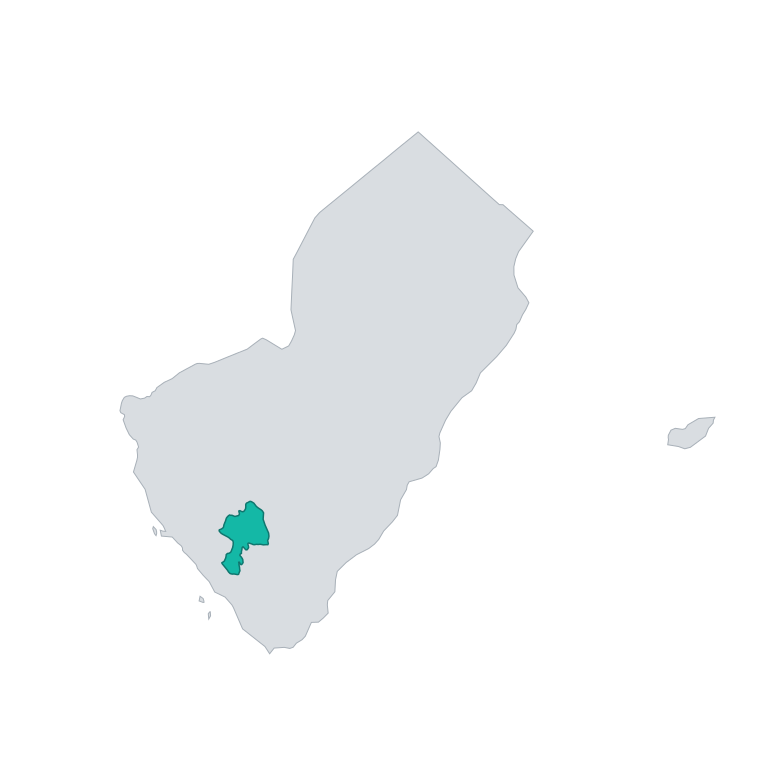 where Dhamar sits in Yemen, rotated 331°
{"feature_id": "YEM-153", "entity_name": "Dhamar", "entity_type": "Governorate", "adm_level": 1, "iso_a3": "YEM", "parent_name": "Yemen", "parent_adm1": "", "projection": "equal_earth", "projection_center": [44.123, 14.553], "detail": "fine", "context": "in_parent", "style": "filled", "palette": "teal", "viewbox_px": 768, "rotation_deg": 331, "n_neighbors": 0, "source": "natural_earth", "source_scale": "10m", "svg_char_len": 4593}
<svg xmlns="http://www.w3.org/2000/svg" viewBox="0 0 768 768"><g transform="rotate(331 384 384)"><path d="M588.6,322.7L565.9,333.5L559.9,338.3L554.5,344.3L550.5,351.7L547.8,364.8L550.2,376.8L550.1,383.2L544.2,387.5L538.7,390.6L532.6,395.2L528.9,396.4L525.9,400.1L522.4,402.7L509.7,409.5L495.8,414.7L473.7,421.0L465.1,427.8L457.4,432.4L445.5,433.8L429.3,440.3L420.3,445.5L409.1,453.9L406.6,456.6L404.7,462.8L401.3,468.2L394.6,477.0L389.5,481.5L386.1,481.8L379.5,484.2L371.7,484.7L358.6,481.7L355.2,483.8L352.5,487.2L342.4,493.3L332.1,505.4L324.6,508.6L312.5,512.4L304.0,517.4L298.2,519.4L290.9,520.5L277.2,520.0L264.3,521.8L252.3,525.2L246.7,531.7L240.3,541.9L229.8,546.1L227.3,549.8L224.1,557.3L217.3,559.3L211.2,560.5L204.9,557.3L193.0,566.4L188.5,567.9L181.7,568.2L176.9,570.2L173.4,569.6L169.1,566.0L159.9,561.7L153.2,564.5L152.6,555.9L141.6,529.6L143.9,506.7L143.9,503.5L141.7,493.3L135.1,483.9L135.3,472.1L133.1,463.7L131.4,455.0L131.9,452.7L132.1,450.6L128.7,437.2L127.6,434.5L127.2,431.7L128.3,429.6L128.2,427.1L126.5,423.0L124.6,415.2L115.6,409.1L117.4,403.4L119.2,405.4L121.6,407.1L122.0,403.4L122.1,400.6L118.4,383.3L124.0,360.3L122.2,339.5L130.7,331.1L132.9,328.6L134.1,326.4L136.1,321.7L138.8,320.2L139.8,315.2L139.7,312.7L138.0,310.6L136.7,304.8L137.1,297.4L137.6,294.4L138.5,288.8L141.4,286.7L142.1,285.0L139.9,281.5L140.1,279.4L145.1,273.5L147.1,271.7L150.4,269.8L152.9,269.9L155.8,270.9L158.5,272.6L161.0,275.6L163.7,279.0L167.8,280.3L170.6,280.0L172.9,281.5L174.9,280.7L177.1,278.9L180.6,279.0L183.7,277.0L192.7,276.0L201.4,276.6L210.5,275.0L219.5,275.1L228.6,275.2L230.6,275.5L232.6,276.5L240.3,281.8L246.2,282.9L257.9,284.3L270.4,285.8L281.3,287.2L290.5,285.9L298.1,284.9L300.1,285.1L302.5,288.3L307.1,296.4L311.5,304.1L319.1,304.5L323.9,301.6L329.3,297.6L332.5,294.4L336.2,282.0L338.6,274.0L344.2,264.9L348.8,257.4L355.0,247.4L358.4,241.9L365.1,230.9L371.6,226.7L384.0,218.5L396.2,210.4L404.1,205.2L410.9,202.8L422.3,200.7L435.6,198.3L449.0,195.9L463.2,193.3L479.1,190.4L489.9,188.5L503.8,185.9L515.3,183.8L525.6,182.0L536.1,180.1L538.2,186.1L540.3,192.2L542.4,198.2L544.5,204.3L546.6,210.3L548.7,216.4L550.8,222.4L552.9,228.5L555.0,234.6L557.1,240.6L559.2,246.7L561.3,252.7L563.4,258.8L565.5,264.9L567.6,271.0L569.7,277.0L571.8,283.0L575.0,284.9L577.0,290.6L579.9,298.6L582.8,306.6L585.7,314.6L588.6,322.7ZM623.1,568.4L625.9,569.1L630.1,567.0L642.4,566.7L657.3,573.5L654.6,575.3L652.9,577.8L646.4,580.1L640.0,585.4L621.3,587.9L615.7,586.5L611.2,581.4L602.7,574.7L605.9,570.5L606.6,568.6L607.8,566.7L612.6,563.5L617.3,564.0L623.1,568.4ZM121.3,486.4L120.7,487.7L119.9,487.4L117.1,484.1L120.2,480.5L121.8,483.9L121.3,486.4ZM112.5,404.8L111.1,406.1L110.7,403.7L111.6,398.4L113.1,396.9L114.1,400.8L113.5,403.0L112.5,404.8ZM119.9,502.7L116.8,504.6L118.9,499.8L121.0,498.8L121.6,499.0L119.9,502.7Z" fill="#d9dde1" stroke="#a8b0b8" stroke-width="1"/><path d="M164.1,479.9L163.2,479.5L160.7,477.4L159.3,476.8L158.2,475.9L157.5,475.1L156.9,473.0L156.8,470.9L155.3,462.5L155.6,461.7L156.5,461.7L157.6,461.6L158.4,461.5L161.1,459.5L162.7,457.7L163.1,456.9L163.9,456.5L165.3,456.4L166.3,456.9L167.0,457.0L167.6,456.8L168.1,456.8L168.9,456.5L169.6,455.9L172.4,453.6L173.2,452.6L174.0,451.7L175.4,449.4L175.8,447.9L175.4,446.8L174.6,445.5L174.1,443.8L173.2,442.0L170.3,437.6L169.2,435.7L168.7,433.6L168.6,432.5L169.3,431.7L171.5,432.0L173.2,431.8L174.2,431.4L175.8,429.5L176.7,428.8L177.5,428.1L178.6,427.3L181.1,424.9L182.7,424.2L184.1,423.8L185.4,423.7L186.2,424.5L187.4,425.1L188.4,426.4L189.4,427.6L192.9,428.5L194.2,428.0L194.9,426.8L195.1,425.6L195.5,424.7L196.6,424.9L197.4,426.2L198.6,427.3L199.8,427.4L201.7,426.5L202.6,425.8L203.7,424.2L204.5,422.6L205.5,421.7L206.5,421.5L207.7,421.7L208.8,421.6L210.0,421.7L211.0,422.6L212.4,425.1L213.0,429.2L213.9,431.4L215.7,434.8L216.1,436.2L216.2,438.3L212.7,443.7L211.6,449.7L210.8,458.4L209.6,461.3L208.1,463.2L206.4,464.4L205.4,467.6L204.5,468.2L203.9,467.9L203.1,467.4L200.5,466.2L198.4,464.4L197.3,463.8L196.0,463.3L195.0,462.5L192.7,461.7L191.7,461.0L190.9,459.9L188.9,457.7L188.2,457.4L187.6,457.6L187.1,458.6L187.0,459.4L186.7,460.5L186.2,461.5L184.1,462.6L182.9,462.2L182.6,461.4L181.9,458.2L181.3,458.0L180.4,458.5L179.3,460.1L178.1,461.4L177.1,463.1L176.6,463.0L176.0,463.0L175.3,463.5L174.9,464.0L175.0,465.1L175.3,466.1L175.4,467.5L175.4,468.9L174.2,471.8L173.1,472.5L171.9,472.9L171.2,472.5L171.0,471.4L171.1,470.1L170.9,469.5L170.5,469.5L170.2,470.5L169.5,471.9L168.7,474.5L168.1,475.7L167.4,477.6L166.7,478.0L166.1,478.6L165.4,479.1L164.8,479.8L164.1,479.9Z" fill="#14b8a6" stroke="#0f766e" stroke-width="1.5"/></g></svg>